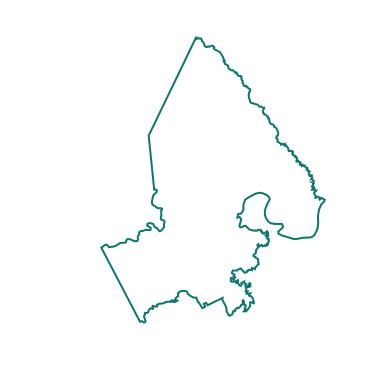 Jesús Carranza, Veracruz, Mexico, rotated 59°
{"feature_id": "50627088B88561076881356", "entity_name": "Jesús Carranza", "entity_type": "district", "adm_level": 2, "iso_a3": "MEX", "parent_name": "Mexico", "parent_adm1": "Veracruz", "projection": "natural_earth1", "projection_center": [-94.861, 17.388], "detail": "fine", "context": "isolated", "style": "outline", "palette": "teal", "viewbox_px": 384, "rotation_deg": 59, "n_neighbors": 0, "source": "geoboundaries", "source_scale": "gbopen_adm2", "svg_char_len": 5947}
<svg xmlns="http://www.w3.org/2000/svg" viewBox="0 0 384 384"><g transform="rotate(59 192 192)"><path d="M276.5,303.4L276.8,301.6L279.2,300.4L279.5,299.3L278.7,298.3L273.9,297.3L272.8,295.4L271.6,295.0L271.5,294.6L272.6,292.6L272.6,291.6L270.9,289.9L270.4,288.1L270.7,286.9L272.0,286.0L271.9,285.5L269.7,284.8L269.4,284.3L271.1,282.7L272.0,281.2L272.0,280.5L270.6,280.0L271.1,276.8L271.9,276.0L272.9,272.8L272.7,271.3L274.4,267.6L275.3,267.1L275.4,266.4L274.6,265.9L274.4,265.0L276.5,264.5L275.7,262.9L276.2,262.3L277.3,263.5L277.6,263.0L277.6,260.6L276.2,261.5L274.9,261.1L274.4,260.5L274.1,257.4L271.6,256.2L271.1,253.7L271.6,251.6L274.0,248.0L274.9,247.7L277.3,248.0L280.6,246.7L283.6,244.8L284.7,242.8L289.7,243.5L290.3,243.0L296.9,243.0L297.0,239.7L293.9,239.4L293.8,238.7L294.3,237.0L297.1,236.9L298.5,220.3L300.1,221.5L307.3,221.9L310.1,222.7L312.2,223.9L316.6,224.0L317.6,223.2L317.1,222.3L317.7,220.4L315.4,218.1L316.3,216.9L316.0,215.9L315.0,215.6L314.5,212.8L315.5,211.9L315.0,209.1L314.2,208.2L314.4,207.5L313.4,205.4L311.3,204.7L311.1,204.0L312.3,203.8L315.8,205.4L316.3,204.5L317.5,204.6L319.1,206.8L320.3,206.5L321.0,208.9L322.2,207.0L320.0,201.2L316.5,198.9L317.3,197.6L319.1,196.8L319.2,196.3L317.7,195.5L313.5,194.6L311.7,195.2L310.2,196.5L308.9,194.2L307.6,197.3L307.3,197.6L305.8,195.6L305.2,197.2L304.8,197.3L303.7,195.6L301.6,195.1L303.0,191.2L302.5,190.2L300.2,189.1L299.8,189.4L300.0,190.1L301.7,193.1L299.3,194.4L298.5,193.0L296.6,194.2L295.6,193.4L295.5,196.7L296.7,196.8L297.5,198.4L296.5,199.4L293.9,199.4L292.7,200.8L292.0,200.1L292.0,198.2L291.2,198.0L290.9,201.5L289.0,204.5L287.7,204.4L285.9,202.9L286.2,201.9L288.6,201.5L287.5,198.9L285.5,199.7L284.7,198.2L282.5,199.4L281.5,199.3L280.4,197.4L282.6,193.6L282.1,192.7L282.6,189.7L288.4,188.4L288.8,186.2L288.7,185.2L288.0,185.2L288.1,182.8L289.9,181.0L288.0,179.7L290.6,177.7L289.0,176.1L288.1,171.8L286.8,171.7L283.5,169.9L281.0,171.4L280.2,171.0L278.7,172.3L278.1,172.1L277.5,171.4L277.3,168.8L274.6,166.8L273.6,163.8L271.2,163.4L270.8,162.0L273.3,162.4L273.2,159.7L274.6,159.6L274.4,159.0L275.2,158.4L275.1,157.5L276.0,157.3L276.3,156.8L275.4,155.3L276.0,155.4L276.4,154.7L275.7,154.4L275.7,153.6L274.8,153.1L273.6,151.1L272.0,151.0L271.9,150.6L270.5,151.6L270.3,150.8L269.0,150.6L268.9,149.2L268.2,148.9L267.8,150.0L268.2,150.2L268.0,151.3L267.4,151.3L267.6,149.2L266.7,149.1L266.9,148.2L265.8,147.8L265.6,148.5L264.4,148.0L264.6,150.8L265.1,151.4L263.8,152.9L263.2,152.3L261.9,152.4L261.8,153.1L261.2,153.2L259.9,152.5L258.5,154.7L258.9,155.1L258.1,157.4L257.4,157.7L256.6,159.4L253.2,162.4L248.6,163.4L248.2,163.9L247.6,168.2L246.7,168.9L245.6,168.9L240.7,163.8L238.0,164.1L237.3,166.3L234.6,163.7L235.8,161.2L234.6,158.3L232.8,156.4L230.0,155.0L226.2,150.8L225.7,147.4L226.2,138.3L226.7,136.6L227.9,133.8L229.0,132.4L233.8,129.1L236.1,128.7L238.3,129.1L241.7,134.6L244.4,138.0L247.5,140.4L249.9,141.5L252.7,142.1L257.0,141.7L259.3,140.6L261.8,137.8L265.7,131.4L267.4,131.4L269.1,132.2L270.4,138.5L272.3,139.3L275.5,137.3L284.8,128.9L286.3,126.1L288.7,119.8L291.6,114.7L292.4,112.1L292.0,109.4L289.6,105.3L287.0,102.3L283.4,99.7L277.5,96.4L272.5,92.2L269.2,87.6L268.4,84.2L267.2,82.3L263.7,84.0L263.4,84.6L264.2,85.4L264.3,86.5L263.6,86.5L262.5,85.6L260.8,86.5L260.5,87.6L260.9,88.9L260.6,89.3L259.6,88.4L257.9,87.9L256.8,88.4L255.6,87.7L255.0,86.9L255.2,85.7L254.6,84.6L254.0,85.4L252.6,85.6L252.2,86.2L252.5,87.1L252.1,87.8L251.8,87.1L250.6,86.6L250.9,86.4L251.1,85.0L250.1,84.9L249.5,86.2L248.9,86.3L248.5,84.9L247.7,84.4L247.5,83.3L246.7,83.2L245.8,83.8L246.3,82.8L244.9,81.8L242.7,82.6L242.4,83.3L241.6,81.4L240.5,81.6L239.5,80.6L239.1,80.9L239.0,82.3L238.7,82.0L238.4,82.7L237.2,82.9L234.9,80.7L234.1,81.8L232.9,81.9L232.9,81.3L232.1,81.2L231.8,82.1L231.2,81.9L230.8,80.8L228.0,82.4L227.3,81.9L227.2,82.7L226.3,83.2L226.3,84.3L225.5,83.9L225.1,84.4L225.0,84.0L224.2,85.3L222.9,84.1L222.7,84.7L221.8,84.3L221.0,85.1L220.4,84.9L219.8,86.8L219.2,86.6L219.0,85.7L218.7,86.0L217.4,84.7L216.6,84.9L216.3,84.4L214.9,85.2L214.5,85.0L214.5,85.7L213.4,85.5L212.4,86.3L211.2,86.0L210.7,86.4L209.9,84.7L209.3,84.7L207.9,85.7L206.8,88.0L203.8,87.0L201.8,87.2L200.9,88.1L200.0,87.4L199.5,87.6L199.2,88.6L198.9,88.2L198.9,89.0L197.4,89.3L197.2,91.4L196.4,91.0L192.7,92.8L191.3,91.5L189.1,92.1L187.8,90.7L188.1,90.3L187.2,88.7L185.3,87.4L180.9,86.9L178.8,87.4L178.3,88.0L177.5,87.5L176.0,87.7L173.9,89.6L171.3,89.3L168.7,88.0L168.1,88.8L165.9,88.1L165.6,88.7L164.1,88.9L162.2,90.2L161.8,89.8L160.5,90.3L159.4,89.8L157.0,86.8L156.3,87.9L154.6,88.5L153.5,90.4L151.0,90.8L145.9,95.5L144.2,95.7L142.7,94.9L140.5,94.7L137.2,92.9L137.0,92.2L136.0,91.9L135.5,90.3L134.7,89.7L133.9,89.7L133.8,89.3L132.8,90.0L130.1,90.6L130.2,91.0L129.0,91.1L129.2,91.4L127.4,92.9L125.2,92.2L124.2,92.5L122.7,91.3L122.0,91.7L119.8,91.2L118.5,90.1L117.6,90.5L117.2,91.5L115.9,92.6L112.7,92.2L112.7,93.2L111.9,93.0L111.7,93.4L108.4,94.4L107.9,95.7L104.8,97.0L102.3,96.0L99.1,97.8L97.2,96.9L96.5,97.7L96.0,97.5L95.9,96.4L94.5,96.5L92.8,95.9L86.4,96.0L81.0,99.4L80.0,99.3L79.4,98.3L78.8,98.3L76.9,99.2L76.3,102.6L75.5,103.1L75.4,104.8L75.0,105.2L72.8,106.0L71.5,105.2L68.6,105.3L67.6,105.8L66.8,105.3L65.0,105.2L64.8,106.1L63.3,107.8L62.9,107.7L63.2,109.1L61.8,109.2L121.4,200.1L170.5,223.2L171.2,221.7L172.7,221.3L174.1,222.8L174.4,225.5L175.4,227.5L179.9,231.6L182.3,232.4L188.2,229.7L190.2,226.6L191.0,226.4L191.7,226.8L192.0,228.0L196.2,230.3L198.3,232.3L199.8,232.6L201.7,230.9L203.2,230.8L206.0,233.2L207.9,234.1L209.2,238.7L208.8,240.1L204.7,240.7L202.8,242.1L199.4,241.7L196.8,244.2L196.4,246.6L197.6,247.7L201.7,245.8L203.0,247.0L202.8,248.1L200.5,251.4L200.0,254.4L199.2,256.0L199.2,257.7L199.7,258.5L201.2,259.1L201.9,260.9L203.1,262.0L204.8,262.6L205.8,264.1L204.6,266.6L200.6,269.4L199.2,271.5L199.3,272.7L201.2,274.8L198.8,279.7L198.9,284.2L198.4,287.5L196.5,291.6L194.6,291.7L192.9,292.7L192.6,294.0L193.0,298.4L276.5,303.4Z" fill="none" stroke="#0f766e" stroke-width="2"/></g></svg>